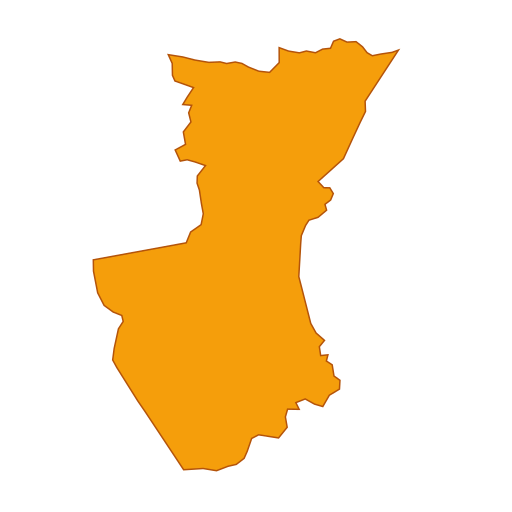 Vertentes, Pernambuco, Brazil, rotated 174°
{"feature_id": "56859067B5298585337072", "entity_name": "Vertentes", "entity_type": "district", "adm_level": 2, "iso_a3": "BRA", "parent_name": "Brazil", "parent_adm1": "Pernambuco", "projection": "mercator", "projection_center": [-35.993, -7.889], "detail": "fine", "context": "isolated", "style": "filled", "palette": "amber", "viewbox_px": 512, "rotation_deg": 174, "n_neighbors": 0, "source": "geoboundaries", "source_scale": "gbopen_adm2", "svg_char_len": 1558}
<svg xmlns="http://www.w3.org/2000/svg" viewBox="0 0 512 512"><g transform="rotate(174 256 256)"><path d="M229.1,99.0L231.7,106.0L222.0,108.7L213.3,102.6L205.3,99.3L197.6,109.9L186.9,114.9L185.5,123.6L191.0,128.5L191.6,139.8L197.0,144.2L194.8,150.2L202.1,150.2L202.5,159.2L196.7,164.9L204.3,173.1L208.6,183.2L214.1,221.0L215.6,231.0L210.2,264.0L208.8,271.5L203.5,281.2L199.6,286.1L190.2,288.0L181.0,294.2L182.0,300.2L175.9,303.9L172.6,310.0L175.5,316.1L181.4,316.8L186.5,323.6L158.9,343.6L147.4,363.1L142.9,370.6L138.4,378.1L132.0,388.3L131.3,398.6L92.8,445.9L99.3,444.3L110.8,443.8L119.4,443.0L124.3,446.6L128.1,452.8L134.1,458.7L143.1,459.2L149.9,463.2L156.4,461.5L160.2,454.8L168.1,454.8L175.6,451.9L184.5,454.6L191.6,453.5L202.2,456.4L211.2,460.8L212.7,445.9L223.3,437.2L233.9,439.5L243.8,444.7L249.9,449.0L256.4,451.1L265.1,450.5L271.4,452.8L282.7,453.5L296.4,457.3L308.0,461.6L322.2,465.4L319.2,456.3L320.2,444.4L318.3,438.5L300.5,430.0L307.7,421.3L313.0,414.3L304.2,412.6L308.0,405.4L306.7,396.1L315.3,387.0L314.4,374.4L325.3,369.9L321.4,358.3L314.4,358.9L307.0,356.0L296.8,351.2L306.0,341.7L307.0,334.6L305.4,327.5L304.8,313.9L304.0,303.5L307.3,292.9L318.5,286.7L324.0,276.4L418.2,269.2L419.2,257.9L417.3,235.9L412.2,222.7L403.9,215.2L395.7,210.9L394.9,204.8L400.4,198.0L406.7,178.9L409.4,167.6L406.1,159.7L388.7,124.2L382.4,112.6L350.3,51.0L330.8,50.2L317.7,46.6L305.8,49.8L297.4,50.8L289.0,56.0L285.2,62.6L279.4,75.0L272.1,77.9L252.6,72.7L242.9,82.4L243.6,92.9L240.6,100.4L229.1,99.0Z" fill="#f59e0b" stroke="#b45309" stroke-width="1.5"/></g></svg>